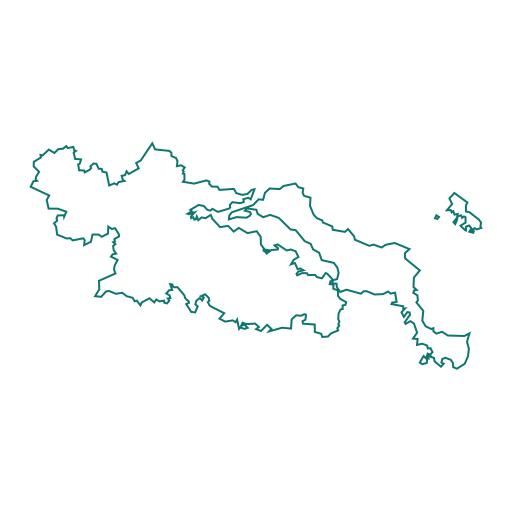 Stereas Elladas, Stereá Elláda, Greece (Natural Earth projection)
{"feature_id": "26713481B15414951167649", "entity_name": "Stereas Elladas", "entity_type": "district", "adm_level": 2, "iso_a3": "GRC", "parent_name": "Greece", "parent_adm1": "Stereá Elláda", "projection": "natural_earth1", "projection_center": [23.323, 38.611], "detail": "fine", "context": "isolated", "style": "outline", "palette": "teal", "viewbox_px": 512, "rotation_deg": 0, "n_neighbors": 0, "source": "geoboundaries", "source_scale": "gbopen_adm2", "svg_char_len": 6074}
<svg xmlns="http://www.w3.org/2000/svg" viewBox="0 0 512 512"><path d="M33.8,161.8L33.7,166.4L39.1,171.8L36.0,176.9L35.7,179.5L37.0,180.8L33.4,181.3L30.7,186.8L49.2,195.5L46.7,200.0L48.6,208.6L57.8,208.7L66.3,211.7L64.1,216.8L63.9,215.2L57.7,215.5L56.5,218.4L57.2,220.7L54.0,223.3L56.1,226.7L57.1,234.6L66.7,238.5L70.3,238.2L72.7,240.4L83.2,238.3L84.7,240.2L84.1,245.1L90.9,241.8L92.5,234.5L98.7,234.6L101.8,236.8L108.0,233.6L108.3,226.6L111.8,229.0L115.0,228.2L118.8,234.1L119.1,236.4L114.4,239.1L114.9,241.5L113.2,242.1L115.4,244.2L113.1,246.0L113.7,250.1L116.1,253.6L112.6,254.4L111.0,256.6L117.6,260.0L114.7,265.4L114.0,269.4L115.4,273.5L99.0,280.8L99.3,289.3L95.1,296.2L101.2,296.8L106.1,291.4L109.1,291.0L115.9,293.8L122.3,292.8L126.7,296.2L132.7,297.8L134.7,301.3L136.9,300.7L140.4,305.4L141.8,302.4L149.4,298.3L154.3,302.4L156.3,299.5L159.5,301.4L164.1,300.6L164.3,302.7L167.0,303.4L169.3,300.7L167.8,298.5L170.3,298.1L169.6,295.4L166.3,293.5L169.0,290.3L172.2,289.9L170.2,284.1L172.4,284.5L172.7,286.5L174.4,287.3L177.5,287.2L184.2,295.1L185.4,298.5L188.7,301.3L188.9,302.9L186.2,304.1L191.2,311.9L195.2,312.4L197.7,306.3L195.3,304.3L196.4,300.7L199.8,298.0L202.2,300.5L203.8,297.5L201.1,296.1L205.1,294.3L208.8,297.9L209.3,300.7L207.8,302.1L209.8,305.8L224.2,313.2L219.5,318.7L225.2,321.6L232.8,320.4L235.6,322.2L237.1,319.6L239.1,328.9L240.3,327.4L244.4,328.9L247.6,327.8L244.3,324.6L241.1,325.9L242.6,322.7L246.4,324.1L255.2,323.6L258.9,327.0L256.1,329.1L261.0,331.0L267.1,324.8L271.4,328.9L269.1,331.4L282.2,327.7L291.0,328.6L291.7,319.3L296.2,315.3L301.2,315.8L304.2,314.2L305.9,314.7L305.8,316.8L305.3,319.8L302.5,321.2L303.0,323.7L314.7,324.5L314.9,332.0L321.2,333.8L322.3,337.0L328.0,336.5L331.0,333.4L338.2,330.4L337.3,328.2L339.2,325.7L338.3,324.3L339.4,321.6L338.2,319.1L338.6,313.5L340.5,309.5L342.7,309.0L342.6,305.4L345.4,304.9L346.2,302.1L340.1,298.8L338.0,295.8L337.9,290.4L333.3,288.7L333.5,284.8L329.7,284.0L330.5,281.2L332.3,281.3L332.2,279.0L327.1,273.6L325.6,273.1L322.0,278.3L317.1,277.2L315.1,274.9L308.1,275.1L307.0,273.2L302.2,273.1L297.2,275.3L296.5,273.9L298.3,271.6L303.5,270.3L300.3,268.5L297.6,269.1L294.9,263.0L291.0,264.3L293.7,259.8L298.4,257.0L295.7,251.3L290.8,249.5L286.6,250.4L277.7,244.4L274.6,245.4L278.1,248.2L277.8,249.5L271.5,250.0L266.6,253.6L265.9,252.2L268.7,250.2L265.8,249.7L266.7,251.4L265.5,252.0L263.6,250.8L263.6,248.8L264.7,250.1L265.2,250.3L260.9,244.4L260.7,236.9L256.7,231.2L247.5,233.1L238.7,227.9L233.7,231.6L228.1,225.9L220.1,227.1L212.3,218.8L210.8,214.9L205.5,218.2L201.6,217.4L198.3,220.2L196.8,216.5L195.8,219.4L194.3,219.7L193.3,217.3L191.2,218.1L191.0,216.5L194.6,212.4L189.1,214.3L187.6,213.8L191.8,211.3L190.2,209.9L198.8,204.9L203.9,206.1L207.3,209.8L210.4,210.6L212.4,208.8L217.8,211.9L229.0,208.6L230.2,207.5L229.9,204.9L232.4,202.2L240.1,203.2L243.8,202.0L243.3,199.2L248.3,197.8L250.7,199.3L254.5,189.3L251.8,189.8L247.5,193.9L242.5,194.9L236.2,193.1L233.9,188.9L219.4,189.9L217.5,186.7L212.0,186.6L209.2,183.9L209.4,181.6L206.4,180.4L194.2,183.6L183.0,181.8L184.5,179.6L184.4,174.0L182.9,173.5L183.7,171.6L182.7,170.4L184.7,167.4L181.1,165.3L176.9,166.2L177.5,161.3L176.1,158.1L171.5,156.0L171.3,152.7L169.4,150.9L155.1,149.4L152.3,143.3L140.8,160.4L136.2,163.0L138.7,168.4L128.7,174.0L126.6,171.3L125.0,175.2L121.7,175.8L122.7,179.6L124.4,180.9L118.6,182.1L117.0,184.7L114.4,183.3L109.2,185.5L106.5,172.5L102.4,171.6L101.7,168.8L98.7,168.8L96.4,163.8L93.5,163.5L90.4,166.4L91.1,168.1L89.9,169.6L84.7,172.4L84.2,170.5L79.1,170.3L78.2,164.4L79.7,163.8L81.1,159.4L75.1,158.9L73.7,152.5L75.9,150.9L74.2,150.2L73.3,146.9L67.7,148.1L66.3,146.1L62.8,148.8L58.4,149.1L54.4,153.0L48.8,149.6L42.6,155.4L40.5,154.9L40.9,157.5L33.8,161.8ZM295.5,183.5L283.5,186.0L279.8,189.1L269.6,188.5L264.9,192.9L263.1,199.8L258.7,199.3L253.1,205.1L231.8,212.3L229.3,215.6L228.9,219.4L236.5,217.1L246.5,217.7L249.8,215.8L251.0,214.0L250.0,212.0L244.9,210.7L247.1,208.4L256.4,209.8L257.6,213.8L263.2,217.2L270.2,214.9L278.8,217.9L290.5,229.4L295.8,230.3L304.6,241.1L310.6,243.8L313.1,249.4L319.1,252.7L321.7,260.1L333.9,262.9L337.4,267.7L338.6,273.0L337.1,279.1L333.0,280.2L332.2,283.4L336.6,283.7L336.8,287.0L340.2,292.0L346.4,289.7L360.9,293.7L363.9,291.2L366.9,291.3L374.7,294.5L383.0,294.1L388.1,291.5L390.7,293.6L395.1,292.7L396.6,301.9L392.1,302.6L391.5,304.1L403.2,306.3L403.3,308.8L405.0,308.5L401.5,312.3L403.9,316.9L407.4,312.1L409.5,312.4L410.1,314.6L404.7,322.3L405.6,323.9L410.4,321.2L413.9,323.4L417.1,332.7L413.0,338.6L417.6,339.0L417.0,344.9L422.2,343.7L427.2,345.6L427.8,348.5L430.5,348.2L432.5,352.1L430.2,354.5L431.1,357.0L434.0,357.9L434.6,361.4L441.0,366.7L443.7,363.7L441.4,362.6L442.3,359.0L445.3,357.8L450.8,359.8L453.0,363.2L453.2,367.1L456.9,368.7L464.8,363.7L468.0,356.1L468.9,348.7L467.0,341.8L469.4,333.4L464.3,336.0L447.8,335.5L442.1,331.8L436.4,333.6L433.4,331.3L433.4,328.2L431.2,329.0L425.7,326.3L422.3,320.7L423.3,310.9L416.4,302.4L417.9,300.4L417.4,295.4L413.3,292.8L414.1,290.5L416.7,290.0L413.5,287.1L413.9,277.6L419.8,270.4L405.1,258.4L405.0,253.0L409.5,249.1L394.7,243.0L385.6,244.8L381.6,247.5L373.6,244.6L369.2,245.8L354.9,239.7L354.1,236.3L348.0,229.1L344.9,231.9L332.8,229.8L332.2,226.4L323.0,222.5L322.2,220.4L316.8,218.1L313.7,214.8L310.0,205.8L310.5,197.7L304.0,195.8L302.6,192.7L303.3,188.5L298.3,187.2L295.5,183.5ZM465.9,211.5L466.0,205.2L467.4,202.5L454.4,193.0L449.4,198.4L452.1,204.0L446.9,210.3L450.8,210.1L451.7,212.4L453.3,211.1L454.5,214.6L457.7,214.0L457.2,216.6L461.0,215.3L462.1,217.9L463.9,216.4L465.5,217.2L465.6,222.6L460.5,225.7L465.1,230.2L466.0,230.5L465.9,226.7L469.1,225.5L472.9,230.0L474.5,228.2L476.9,229.4L481.3,227.9L480.4,226.3L481.1,222.7L479.0,219.7L469.4,212.2L465.9,211.5ZM426.7,363.0L427.2,359.6L423.6,356.0L419.8,362.6L422.3,364.2L426.7,363.0ZM455.2,224.1L457.1,219.7L457.3,217.2L453.5,222.3L455.2,224.1ZM437.3,218.9L439.0,217.0L436.4,215.3L435.0,218.2L437.3,218.9ZM427.7,353.6L426.5,356.9L428.7,358.3L429.0,354.2L427.7,353.6ZM473.8,231.2L470.5,229.8L469.3,231.7L473.2,232.8L473.8,231.2Z" fill="none" stroke="#0f766e" stroke-width="2"/></svg>